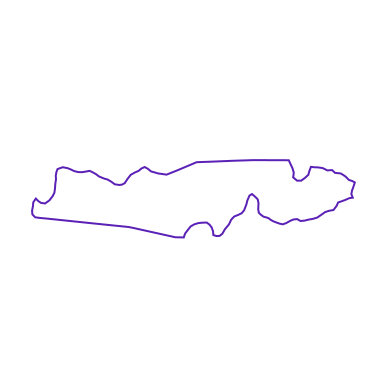 Ubaitaba, Bahia, Brazil, rotated 346°
{"feature_id": "56859067B94631284675469", "entity_name": "Ubaitaba", "entity_type": "district", "adm_level": 2, "iso_a3": "BRA", "parent_name": "Brazil", "parent_adm1": "Bahia", "projection": "orthographic", "projection_center": [-39.41, -14.263], "detail": "fine", "context": "isolated", "style": "outline", "palette": "violet", "viewbox_px": 384, "rotation_deg": 346, "n_neighbors": 0, "source": "geoboundaries", "source_scale": "gbopen_adm2", "svg_char_len": 1877}
<svg xmlns="http://www.w3.org/2000/svg" viewBox="0 0 384 384"><g transform="rotate(346 192 192)"><path d="M324.9,243.7L328.8,240.6L331.3,237.5L334.9,237.2L338.7,236.8L343.3,236.0L346.6,236.4L346.1,232.6L347.7,229.2L349.7,226.3L352.3,222.1L350.1,220.1L347.1,218.2L344.9,214.4L342.9,212.1L340.8,210.0L335.4,208.0L333.2,204.6L328.6,203.8L324.6,200.4L320.2,198.6L317.0,197.7L313.5,196.4L311.1,199.8L309.0,203.5L304.9,205.7L300.7,207.4L296.7,206.4L293.7,202.3L295.4,198.0L295.3,193.6L294.3,188.5L293.6,184.6L259.6,176.0L240.2,171.8L219.8,167.6L203.7,164.2L183.3,167.4L171.5,169.0L167.4,167.3L163.6,165.8L160.6,164.0L157.2,162.1L154.8,158.8L152.1,156.3L148.5,157.0L145.3,158.6L141.5,159.2L136.7,160.5L132.4,163.9L128.9,167.1L126.0,167.9L123.1,167.6L118.9,165.8L116.2,162.5L113.0,159.4L110.3,157.9L107.9,156.2L105.3,154.2L103.3,151.6L100.9,149.3L97.8,146.7L93.8,146.5L90.2,146.2L86.3,145.1L82.6,143.1L80.0,140.9L77.1,138.8L72.6,136.7L67.1,137.2L65.3,139.8L63.7,143.4L63.2,146.5L61.3,151.1L59.9,155.5L58.3,159.4L55.9,162.2L51.8,165.5L46.7,167.6L42.8,166.0L40.5,163.4L38.9,160.6L35.5,163.6L34.2,167.4L32.3,171.4L31.7,175.1L33.7,178.6L38.2,180.4L44.8,182.7L85.6,197.5L122.2,210.7L126.8,212.9L164.9,231.9L173.0,234.1L175.2,230.7L178.4,228.1L182.5,225.0L186.6,223.9L190.9,223.7L195.3,224.4L199.0,225.3L201.1,227.9L202.5,231.1L202.9,235.1L202.3,239.0L205.0,240.6L208.1,241.3L211.4,239.8L215.0,236.0L219.9,232.5L223.4,228.3L227.0,226.0L231.8,225.3L235.1,224.6L238.2,222.3L241.9,217.0L243.6,213.7L246.9,209.4L249.7,208.5L252.3,212.1L254.0,215.1L253.8,219.1L252.1,224.6L251.8,228.3L253.3,230.7L255.4,233.2L259.7,235.7L261.7,238.1L263.8,240.1L266.5,242.0L269.2,243.8L272.2,245.3L275.7,245.0L280.2,243.8L283.5,243.2L287.4,243.7L290.3,246.4L294.3,247.0L298.7,247.0L302.5,247.3L307.3,247.1L312.2,245.3L316.3,243.7L320.4,243.4L324.9,243.7Z" fill="none" stroke="#5b21b6" stroke-width="2"/></g></svg>